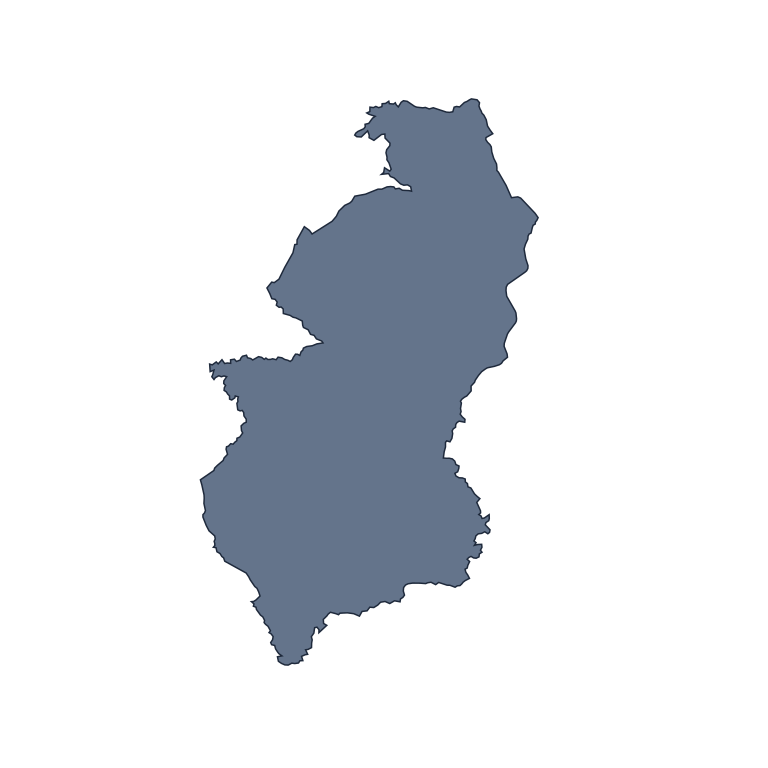 outline of Tupanciretã, Rio Grande do Sul, Brazil, rotated 117°
{"feature_id": "56859067B7192877015433", "entity_name": "Tupanciretã", "entity_type": "district", "adm_level": 2, "iso_a3": "BRA", "parent_name": "Brazil", "parent_adm1": "Rio Grande do Sul", "projection": "robinson", "projection_center": [-54.006, -29.009], "detail": "fine", "context": "isolated", "style": "filled", "palette": "slate", "viewbox_px": 768, "rotation_deg": 117, "n_neighbors": 0, "source": "geoboundaries", "source_scale": "gbopen_adm2", "svg_char_len": 6160}
<svg xmlns="http://www.w3.org/2000/svg" viewBox="0 0 768 768"><g transform="rotate(117 384 384)"><path d="M452.7,231.0L457.9,233.8L459.3,235.6L457.5,237.7L457.3,240.3L455.0,239.4L453.1,240.5L447.4,247.6L442.6,246.5L441.9,249.8L440.8,253.5L437.2,259.4L437.5,262.5L434.8,264.5L434.3,267.1L431.8,268.5L432.1,271.5L433.5,274.6L433.3,278.1L431.4,280.3L428.8,278.5L425.4,279.0L423.0,279.9L423.1,283.4L420.6,285.9L419.7,289.1L420.5,292.1L421.9,294.8L423.0,297.5L417.1,299.6L412.2,300.6L408.1,302.7L406.2,302.3L405.6,299.0L401.6,298.8L397.0,300.3L394.8,302.0L392.5,301.9L390.0,300.6L387.6,301.7L385.3,301.5L383.0,300.2L381.4,294.7L378.7,295.8L377.8,299.3L376.3,302.4L373.6,302.8L371.1,304.7L365.8,306.4L364.6,308.1L361.9,307.6L359.2,306.3L357.1,304.8L350.6,303.2L346.3,305.5L341.4,304.1L339.1,304.4L333.5,303.7L328.7,302.6L324.4,300.4L322.6,299.2L318.1,293.6L314.4,289.9L312.2,288.7L309.3,288.4L304.1,286.1L301.3,288.0L295.9,294.1L293.1,295.3L283.4,296.7L280.7,296.5L269.7,294.6L267.8,294.7L265.7,295.5L260.8,298.7L259.4,300.3L250.1,314.5L245.4,317.7L242.2,319.1L239.1,319.1L220.1,309.0L218.3,308.3L215.7,308.3L213.2,309.4L208.1,314.5L200.1,320.5L195.3,321.4L189.7,321.6L186.8,322.8L184.5,322.8L182.8,321.5L177.1,322.9L174.8,323.2L172.9,321.9L170.8,322.6L168.9,322.1L165.8,322.2L163.3,326.9L156.3,346.6L156.5,349.7L160.1,355.0L151.6,365.4L143.3,378.2L142.5,380.4L140.2,381.5L136.9,383.6L133.1,388.7L128.3,393.3L124.0,396.1L122.6,398.3L121.6,401.5L120.0,404.3L118.1,405.0L111.6,400.7L109.6,404.7L107.2,408.8L102.1,412.9L99.1,417.1L98.2,419.7L96.7,421.3L95.2,423.5L93.2,425.6L90.0,426.6L88.5,430.1L90.3,435.6L92.2,437.0L94.5,438.3L96.7,440.2L102.8,442.4L103.8,445.4L105.5,447.2L110.2,446.3L112.2,448.9L113.4,451.8L115.5,465.5L118.4,468.6L118.8,472.7L120.3,474.8L122.5,480.6L122.7,482.9L121.6,491.7L122.8,495.3L125.2,496.6L130.6,497.1L129.6,500.0L128.3,501.6L130.2,502.6L131.8,506.5L129.9,508.1L133.3,510.0L135.1,512.9L137.8,511.8L140.2,514.2L140.4,517.3L142.5,518.9L143.7,522.2L147.7,520.3L150.3,522.4L150.5,520.0L149.5,513.4L152.4,514.9L158.7,515.9L161.2,518.8L163.3,517.5L165.7,517.9L170.8,521.9L173.2,523.0L175.5,523.1L176.0,520.5L174.2,516.4L165.9,513.5L168.9,510.2L171.3,509.1L171.5,503.6L162.8,499.5L160.9,496.7L164.4,494.7L166.7,488.0L169.0,487.0L174.0,488.0L177.1,487.2L180.5,484.3L182.9,483.2L184.7,480.0L189.4,475.1L191.7,475.5L191.1,481.7L195.7,480.3L198.3,481.4L194.4,475.4L196.2,472.5L195.8,468.6L198.2,460.2L197.9,456.6L195.9,453.5L196.1,449.8L199.7,447.0L200.4,449.7L203.0,455.5L202.7,459.3L205.0,462.5L203.9,464.7L205.1,467.8L207.0,470.8L211.4,474.4L213.1,477.8L223.3,486.7L229.9,495.3L235.8,495.7L238.3,496.7L242.7,500.1L250.3,502.7L256.2,502.6L262.6,504.1L283.0,516.2L281.0,520.1L280.0,526.4L295.0,526.9L299.0,525.0L300.3,526.8L308.4,524.7L325.1,525.4L338.3,525.2L343.5,527.8L344.2,530.3L351.6,531.9L355.3,526.8L358.9,522.7L358.0,519.4L359.5,516.4L362.7,515.7L363.3,512.3L362.1,510.6L362.9,507.9L366.9,505.7L365.5,498.8L365.8,495.3L365.1,492.6L365.0,485.4L368.6,483.1L370.2,481.4L370.1,476.2L373.1,472.0L372.4,468.4L374.5,464.7L374.0,459.0L375.1,457.0L378.7,462.0L382.5,465.3L385.7,469.9L388.6,472.1L390.7,471.7L392.9,472.5L396.8,472.0L396.7,474.4L397.6,476.4L401.5,476.9L404.0,476.7L406.5,477.8L406.5,480.4L407.2,483.6L407.0,486.9L408.2,490.6L411.3,491.1L412.1,494.7L413.7,496.4L414.9,498.7L414.5,501.0L416.4,501.9L415.8,505.1L416.6,508.2L422.2,511.9L421.8,514.3L422.6,517.5L420.8,519.6L423.5,522.7L426.0,523.3L427.9,523.0L430.9,525.7L429.8,528.6L432.1,531.7L435.2,530.0L436.4,533.1L438.1,535.3L435.9,539.4L441.4,540.9L440.5,543.5L444.9,545.7L445.4,548.4L451.9,544.5L448.8,541.8L453.5,540.8L455.7,540.7L457.2,537.5L454.8,537.1L451.6,534.9L451.4,532.2L449.5,530.3L448.9,527.5L453.9,528.1L456.4,527.0L457.2,524.5L459.8,524.6L462.3,523.6L462.6,520.8L463.9,518.8L464.7,516.3L467.6,514.7L467.4,512.4L464.0,510.6L462.2,511.1L461.6,507.9L463.9,507.5L465.9,506.2L468.0,506.3L473.4,502.6L473.3,500.0L471.9,498.3L473.1,496.1L476.0,494.3L477.9,490.8L480.6,489.4L482.7,491.1L486.2,492.3L490.1,489.9L491.8,487.7L496.7,488.4L499.1,490.4L501.3,489.4L503.6,490.5L506.1,491.1L506.8,493.5L510.0,494.4L511.4,495.8L513.8,495.1L517.7,491.5L522.4,492.9L525.2,492.6L532.1,495.5L535.8,496.7L538.3,496.3L552.7,504.1L556.7,500.4L564.5,494.0L567.3,492.4L572.2,490.2L577.9,485.6L580.5,485.4L582.6,486.0L584.8,484.9L590.7,478.2L594.3,473.2L596.2,465.9L598.7,464.0L601.3,463.9L602.9,462.4L604.7,461.4L606.9,461.9L606.1,459.4L609.3,456.7L609.5,453.1L611.3,450.2L611.7,448.0L614.2,445.4L615.0,421.0L617.2,417.0L619.2,414.3L623.1,407.2L623.7,404.4L626.2,401.2L629.2,398.2L634.5,400.0L636.9,401.4L638.1,403.3L639.0,400.0L641.3,399.5L641.0,396.7L642.8,395.3L646.0,389.1L646.5,386.3L648.8,383.1L651.0,382.5L651.9,380.4L652.5,377.4L655.4,373.2L657.7,373.6L657.9,371.1L659.4,368.1L662.5,367.2L665.8,367.6L667.3,365.8L666.6,362.7L669.2,360.4L670.9,357.5L672.0,355.3L672.6,351.5L675.4,355.1L679.0,352.2L679.5,348.6L679.3,344.8L677.9,341.7L674.6,339.4L673.6,336.6L671.4,333.5L668.8,333.3L667.3,330.7L664.1,333.8L661.1,331.4L659.5,329.3L656.4,333.2L655.0,331.2L651.8,328.9L647.6,330.9L644.6,331.8L642.1,334.0L637.8,333.4L632.6,335.2L631.1,333.3L632.4,330.4L635.1,329.1L625.0,325.4L624.8,329.1L621.3,331.2L616.6,329.6L614.4,329.3L611.7,328.1L610.5,322.6L610.2,319.8L608.2,319.2L607.1,317.3L604.5,312.7L602.4,306.7L602.0,300.5L596.6,300.3L593.8,296.1L589.3,295.3L587.8,291.6L583.8,289.2L580.0,288.0L577.3,284.3L577.0,279.2L572.4,276.2L570.8,270.8L568.0,271.7L565.6,270.3L562.8,269.9L559.7,272.8L556.5,274.1L553.4,273.6L551.1,271.9L548.4,268.1L545.1,261.5L542.9,256.2L541.3,254.9L539.3,252.1L539.3,246.9L536.0,245.2L534.6,236.4L533.4,233.9L532.8,228.4L530.5,227.0L529.1,224.8L527.0,224.0L524.6,223.5L522.3,222.4L518.4,219.6L516.1,222.8L514.6,225.6L512.2,227.7L510.2,226.3L507.5,227.0L503.3,227.1L502.4,230.4L500.1,229.7L498.1,228.2L498.3,225.2L497.4,222.8L494.9,220.9L492.1,221.9L489.4,220.3L488.3,222.6L485.0,222.6L482.5,224.2L484.5,227.7L486.7,230.2L483.6,229.9L483.0,232.6L480.5,232.5L477.6,233.2L474.7,232.0L472.7,229.1L469.9,227.1L470.3,223.5L468.3,222.6L465.8,223.3L463.5,229.8L461.2,230.3L458.2,228.6L456.1,229.1L452.7,231.0Z" fill="#64748b" stroke="#1e293b" stroke-width="1.5"/></g></svg>